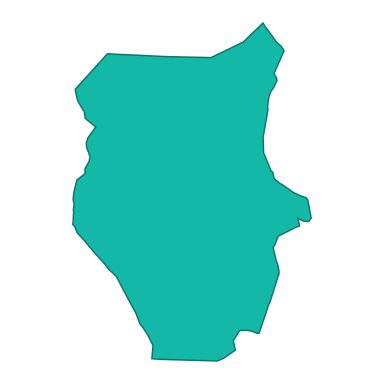 outline of Santo Domingo Ixcatlán, Oaxaca, Mexico
{"feature_id": "50627088B6821892138285", "entity_name": "Santo Domingo Ixcatlán", "entity_type": "district", "adm_level": 2, "iso_a3": "MEX", "parent_name": "Mexico", "parent_adm1": "Oaxaca", "projection": "orthographic", "projection_center": [-97.522, 16.909], "detail": "fine", "context": "isolated", "style": "filled", "palette": "teal", "viewbox_px": 384, "rotation_deg": 0, "n_neighbors": 0, "source": "geoboundaries", "source_scale": "gbopen_adm2", "svg_char_len": 1575}
<svg xmlns="http://www.w3.org/2000/svg" viewBox="0 0 384 384"><path d="M263.0,23.0L243.4,41.9L211.1,57.6L166.0,56.6L107.4,53.8L75.2,89.3L77.3,99.6L78.9,102.9L80.3,105.3L83.0,110.0L84.3,111.5L84.6,114.4L85.0,116.6L85.1,118.3L95.7,126.9L88.0,137.8L86.3,142.8L86.5,146.0L86.9,148.4L88.5,152.2L90.0,156.9L89.0,161.7L85.1,168.4L85.0,170.9L85.0,173.5L80.0,177.7L76.9,179.8L74.1,191.3L73.1,198.9L74.0,204.1L73.4,209.7L73.6,212.2L73.2,220.2L72.8,224.4L74.7,226.7L77.1,232.7L84.9,241.2L93.9,252.1L104.6,263.9L108.6,269.2L114.5,274.6L116.4,276.5L117.5,278.7L118.9,281.3L123.1,289.5L128.7,300.0L134.7,310.9L135.9,313.2L140.0,324.0L143.5,328.4L148.0,335.4L150.1,339.7L153.0,345.5L151.9,358.7L158.8,359.3L217.5,361.0L224.4,357.8L230.6,353.5L235.4,350.1L234.9,348.1L233.7,342.5L233.3,340.7L238.4,332.6L239.7,330.5L246.8,330.3L251.6,331.0L256.5,333.1L259.0,333.4L264.2,318.1L266.5,311.4L268.5,305.0L270.2,301.4L274.5,287.8L278.1,276.2L279.0,273.9L278.9,270.3L277.9,265.4L275.8,259.1L274.0,251.3L273.1,247.9L275.1,244.1L278.3,236.1L296.0,227.2L299.6,225.9L299.1,223.6L297.9,218.2L299.1,218.9L301.3,220.1L302.5,220.7L303.6,221.1L308.7,221.5L311.2,218.0L307.8,200.1L306.3,197.9L299.6,195.4L293.7,192.6L292.5,191.9L284.0,185.8L281.1,183.9L279.8,183.4L274.2,178.6L272.8,172.3L271.0,170.7L263.6,152.7L263.1,137.3L267.9,110.1L267.6,107.3L268.1,102.3L269.1,95.8L271.1,91.1L273.5,87.8L276.9,80.8L276.6,77.8L274.0,73.6L284.0,51.0L283.0,48.8L281.0,46.2L275.9,41.3L274.5,39.3L271.7,35.4L268.3,30.8L264.8,26.2L264.3,25.2L263.6,23.9L263.0,23.0Z" fill="#14b8a6" stroke="#0f766e" stroke-width="1.5"/></svg>